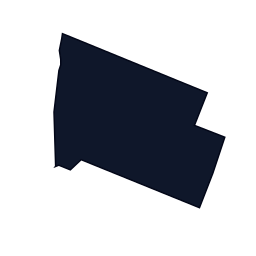 Indian River, Florida, United States of America (Natural Earth projection), rotated 202°
{"feature_id": "52423323B47137025507841", "entity_name": "Indian River", "entity_type": "district", "adm_level": 2, "iso_a3": "USA", "parent_name": "United States of America", "parent_adm1": "Florida", "projection": "natural_earth1", "projection_center": [-80.532, 27.709], "detail": "fine", "context": "isolated", "style": "filled", "palette": "ink", "viewbox_px": 256, "rotation_deg": 202, "n_neighbors": 0, "source": "geoboundaries", "source_scale": "gbopen_adm2", "svg_char_len": 410}
<svg xmlns="http://www.w3.org/2000/svg" viewBox="0 0 256 256"><g transform="rotate(202 128 128)"><path d="M224.1,190.9L222.9,186.0L220.7,174.2L216.1,166.5L214.0,161.4L213.6,155.5L202.6,115.1L180.8,65.5L180.9,65.1L178.2,67.6L165.8,67.6L159.6,81.1L36.3,80.9L31.9,80.9L32.4,117.8L34.8,155.7L67.4,155.3L67.7,190.3L101.1,190.4L214.7,190.9L224.1,190.9Z" fill="#0f172a" stroke="#020617" stroke-width="1.5"/></g></svg>